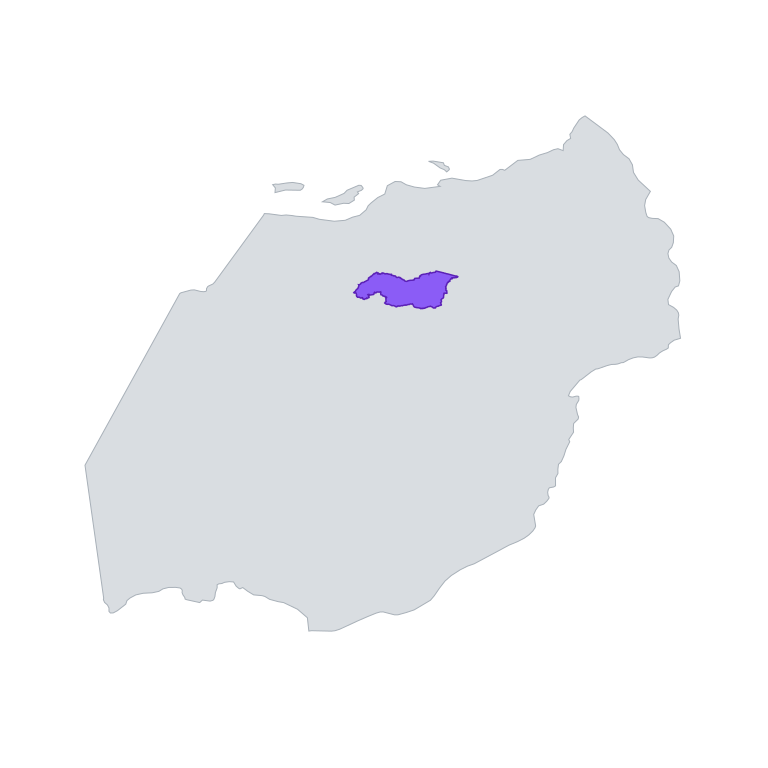 Kilosa, Morogoro, United Republic of Tanzania shown in context, rotated 262°
{"feature_id": "72390352B53131574128845", "entity_name": "Kilosa", "entity_type": "district", "adm_level": 2, "iso_a3": "TZA", "parent_name": "United Republic of Tanzania", "parent_adm1": "Morogoro", "projection": "equal_earth", "projection_center": [37.018, -6.957], "detail": "fine", "context": "in_parent", "style": "filled", "palette": "violet", "viewbox_px": 768, "rotation_deg": 262, "n_neighbors": 0, "source": "geoboundaries", "source_scale": "gbopen_adm2", "svg_char_len": 9200}
<svg xmlns="http://www.w3.org/2000/svg" viewBox="0 0 768 768"><g transform="rotate(262 384 384)"><path d="M301.0,559.9L294.0,555.1L287.7,552.1L282.5,548.8L280.2,545.6L275.3,544.3L271.2,543.8L267.3,540.8L259.3,539.7L258.4,537.7L258.2,533.3L256.9,532.1L254.0,531.0L250.8,531.0L248.9,531.7L247.8,531.4L245.2,528.8L242.8,525.4L241.8,520.2L238.2,516.8L234.0,514.1L222.3,514.4L220.5,513.5L217.7,510.9L214.4,506.4L211.8,501.4L209.4,494.5L207.0,485.3L193.4,448.3L192.0,441.3L189.4,433.6L185.0,424.0L180.4,417.0L174.2,410.6L167.2,404.2L163.4,399.9L156.1,382.4L154.6,374.3L153.5,365.8L153.9,362.4L158.4,351.5L158.8,348.5L158.2,344.3L156.0,335.6L153.1,325.1L147.3,305.9L146.5,301.1L146.6,297.4L149.8,277.9L149.8,275.2L163.2,275.6L173.0,267.0L181.5,254.2L183.2,248.9L186.7,240.7L190.1,236.6L191.4,233.8L193.3,225.6L197.8,220.1L202.1,215.8L201.2,212.8L201.9,211.7L204.3,209.5L208.9,207.5L209.8,203.3L209.8,198.4L209.0,195.7L209.1,192.6L208.4,190.8L205.4,190.4L200.9,188.0L197.1,187.0L194.5,185.6L193.6,184.5L193.2,181.6L195.3,174.1L193.2,171.1L197.8,158.7L198.7,157.1L200.4,157.0L203.1,155.6L205.6,155.0L207.6,155.5L209.1,155.0L210.4,153.6L211.6,149.4L212.5,142.3L211.9,136.6L210.0,132.2L209.5,125.5L210.3,116.4L209.7,108.9L207.5,102.9L205.3,99.3L201.9,97.6L196.6,88.4L195.0,84.0L195.3,81.2L197.1,80.0L200.5,80.5L203.7,79.4L206.6,76.9L209.5,76.1L211.0,76.6L345.2,76.6L502.0,194.3L502.6,195.7L503.9,205.9L503.6,209.3L501.2,215.2L500.5,218.2L500.5,220.3L501.1,221.2L503.1,221.5L504.9,222.9L505.5,224.0L506.8,228.4L508.5,230.6L568.0,288.3L569.4,289.2L568.5,294.0L565.2,305.8L565.0,310.6L563.6,316.4L562.4,320.2L558.9,336.7L556.1,342.9L552.1,357.4L551.5,368.4L553.6,376.2L554.4,383.4L559.0,390.6L562.7,393.1L565.1,396.4L569.5,403.8L572.0,411.2L579.9,414.9L583.0,423.2L581.9,429.0L578.2,433.8L574.8,441.5L572.0,451.6L571.9,467.1L573.8,464.7L577.9,468.5L578.4,479.9L574.1,493.2L572.8,499.4L572.6,504.7L575.6,520.6L580.3,528.7L580.0,531.2L578.8,533.3L586.8,547.6L586.1,560.0L589.1,569.7L590.4,578.1L592.4,584.5L592.8,589.0L590.2,593.9L596.1,595.1L599.6,599.1L601.2,603.0L605.4,602.8L607.7,605.4L611.1,607.6L618.4,614.1L620.3,617.3L621.5,620.4L601.3,640.8L594.0,646.0L588.8,648.4L583.2,649.8L577.9,653.0L572.9,658.0L566.5,660.5L558.8,660.5L550.6,664.1L537.7,674.6L530.2,668.8L524.4,666.9L517.6,667.1L513.5,667.8L512.0,669.1L510.7,672.6L509.6,678.5L505.2,684.1L497.4,689.5L490.3,691.5L483.7,690.2L479.3,687.9L477.0,684.8L473.6,683.3L469.1,683.6L464.8,685.8L460.6,690.0L454.1,691.9L445.0,691.3L440.2,689.3L439.5,685.8L435.6,681.7L428.3,676.9L423.0,676.8L419.6,681.4L416.4,684.2L413.6,685.4L411.1,685.5L407.4,684.3L397.4,683.8L388.0,684.0L387.0,677.4L385.0,673.5L383.3,671.1L380.1,670.5L379.2,668.7L378.0,664.6L376.4,661.1L374.3,658.2L373.0,655.6L372.6,653.1L372.9,650.4L374.8,643.7L375.5,639.1L375.2,634.4L374.1,629.6L371.9,623.9L372.1,622.2L371.3,618.3L371.3,615.5L371.7,612.1L371.2,607.6L369.3,598.0L369.3,595.6L367.2,590.9L360.9,579.9L360.6,578.5L350.7,567.4L346.7,565.0L345.3,567.0L344.8,569.0L345.2,572.5L345.0,574.3L344.6,575.1L342.2,575.0L340.7,574.6L337.0,571.6L334.1,570.8L326.8,571.4L324.3,572.1L322.3,571.4L318.5,566.3L314.0,565.3L309.9,565.0L303.3,559.2L301.0,559.9ZM581.0,374.4L584.3,386.7L583.8,389.0L581.5,390.4L580.3,390.5L578.9,388.5L577.9,384.4L576.1,385.4L573.2,380.4L570.2,380.2L567.6,374.3L568.6,369.2L568.0,360.4L571.2,356.0L573.0,348.4L575.1,353.6L575.6,361.6L578.3,371.0L581.0,374.4ZM596.9,301.5L597.1,304.4L596.5,307.1L596.6,315.8L596.3,321.6L593.9,329.6L591.9,332.4L590.1,331.6L588.6,330.3L587.5,328.1L589.8,313.4L588.7,302.7L593.3,303.7L596.9,301.5ZM590.0,478.0L587.7,478.7L586.8,478.0L585.3,475.6L587.8,473.6L590.2,469.6L595.8,463.8L598.3,459.1L597.9,463.7L594.8,473.6L592.1,474.2L590.0,478.0Z" fill="#d9dde1" stroke="#a8b0b8" stroke-width="1"/><path d="M452.4,443.5L452.3,444.4L452.2,444.9L452.2,445.4L452.6,445.4L453.2,446.6L453.5,447.4L453.5,448.8L453.9,449.3L453.9,450.3L454.1,450.8L454.1,451.6L454.3,451.8L454.8,451.8L456.6,451.3L457.3,452.3L458.1,452.5L459.3,452.2L459.7,452.4L460.5,453.6L460.9,454.6L461.4,455.0L463.0,455.3L463.6,455.5L464.0,455.5L464.4,455.9L465.0,456.0L465.3,455.9L465.5,456.0L465.5,456.8L465.1,458.7L465.4,458.8L465.4,459.0L467.7,459.1L467.9,459.0L468.1,458.4L468.3,458.3L469.6,458.6L470.0,458.4L470.4,458.5L470.5,458.8L471.1,458.6L472.0,458.6L472.2,459.0L472.3,459.0L472.6,459.4L473.0,459.6L473.9,459.8L474.2,460.3L474.7,460.4L475.2,460.7L475.5,461.4L475.8,461.3L476.1,461.7L475.9,461.9L476.4,462.4L476.4,462.6L476.8,462.7L476.9,462.9L476.6,463.1L476.5,463.3L476.6,463.5L477.1,463.3L477.6,463.7L478.3,464.4L478.6,464.5L478.9,465.0L478.7,465.7L478.7,466.0L478.9,466.4L479.2,466.6L479.7,466.3L479.7,466.9L479.5,467.5L479.6,468.0L479.4,468.2L479.3,468.9L479.5,469.6L479.3,470.3L479.6,471.7L480.0,472.0L480.6,471.3L480.3,471.1L480.9,470.3L481.1,469.5L484.1,462.5L484.6,461.0L485.0,460.3L485.4,459.0L485.8,458.5L486.0,457.7L486.3,457.1L488.6,451.3L487.8,450.5L487.6,450.5L487.5,449.7L487.6,449.2L487.5,447.8L487.3,446.3L487.4,446.0L488.1,445.4L487.8,444.8L487.6,444.9L487.4,444.6L487.5,444.4L487.3,444.1L487.1,444.1L487.2,443.8L486.9,443.7L487.3,443.6L487.3,441.3L487.2,441.2L487.1,440.2L487.2,438.3L487.0,436.5L486.0,434.5L485.4,434.2L485.3,434.5L484.9,433.9L484.0,433.7L483.9,433.4L484.2,430.9L484.3,429.2L484.1,428.9L483.2,428.6L482.8,428.1L482.8,427.7L483.0,427.7L482.8,426.5L483.0,424.7L483.0,423.1L482.8,422.1L482.8,421.6L482.5,421.2L482.5,420.5L482.9,419.2L483.5,418.8L483.6,418.6L484.2,418.4L484.4,417.5L485.1,417.1L485.1,416.6L485.8,416.0L486.3,415.3L486.5,415.3L486.5,415.2L486.9,415.0L487.0,414.9L486.9,414.8L486.9,414.6L487.3,414.4L487.5,414.1L487.6,413.7L487.8,413.2L487.6,412.1L487.7,411.4L488.0,411.0L488.6,410.8L488.9,410.5L489.0,410.5L489.1,410.3L489.4,410.2L489.5,409.5L489.7,409.3L489.8,409.0L489.7,408.8L489.9,408.7L490.1,408.2L490.2,407.9L490.4,407.2L490.7,406.8L490.8,406.8L490.8,406.6L491.0,406.6L490.9,406.5L491.1,406.4L491.2,406.1L491.5,406.0L491.7,405.7L491.8,405.2L492.0,404.8L491.9,404.3L492.0,404.0L492.2,403.6L492.4,403.5L492.4,403.3L492.5,403.2L492.5,402.9L492.8,402.7L492.8,402.1L493.0,401.6L492.8,401.4L492.8,400.8L492.9,400.7L493.0,400.5L493.1,399.9L493.3,399.9L493.5,399.5L493.5,399.4L493.9,399.0L493.8,398.5L494.1,398.1L494.0,397.9L494.2,397.7L494.1,397.3L493.8,397.3L493.9,397.1L493.7,396.7L493.4,396.2L493.5,395.8L493.3,395.5L493.5,395.3L493.3,395.2L493.5,394.8L493.5,394.5L493.6,394.2L493.8,394.2L493.8,393.9L493.9,394.0L494.0,393.8L494.2,393.6L494.2,393.8L494.2,393.6L494.4,393.5L494.4,393.2L494.6,393.1L494.8,392.9L494.9,393.0L494.9,392.8L495.0,392.6L495.4,392.6L495.6,392.4L495.6,392.2L494.4,390.0L494.8,389.6L492.3,386.3L492.5,386.0L492.2,385.7L491.4,383.9L490.9,383.3L490.4,383.5L490.1,383.3L489.5,383.0L489.2,382.6L488.5,380.5L488.2,380.1L488.0,379.1L488.0,378.9L487.6,378.5L487.4,377.9L487.4,377.3L487.6,376.9L487.6,376.6L487.4,376.1L487.1,375.4L486.8,375.2L486.8,374.9L486.3,374.7L486.2,374.6L485.7,373.2L485.8,372.8L485.6,372.9L484.8,372.7L483.6,372.2L482.2,371.3L481.8,370.6L480.7,369.1L479.6,368.5L479.4,367.7L478.7,366.8L478.2,367.2L478.1,368.8L477.9,369.0L476.0,369.3L475.6,369.0L475.3,369.1L474.8,369.1L474.4,369.2L474.3,369.5L473.6,369.9L473.5,370.4L473.5,371.2L473.4,371.5L472.9,372.2L472.4,372.7L472.5,373.7L472.6,374.3L472.5,374.7L472.0,374.9L471.7,374.6L471.5,374.8L471.2,374.9L470.8,375.6L470.5,376.1L471.0,377.4L471.0,378.7L471.0,378.9L471.4,378.9L471.3,379.1L471.1,379.1L471.5,380.3L471.7,381.2L472.8,380.9L472.9,381.3L473.0,381.3L473.0,381.1L473.8,381.0L474.8,380.5L474.9,381.1L474.9,381.4L474.6,382.0L474.4,382.2L474.0,382.2L474.1,386.2L474.6,386.6L474.9,386.6L475.3,386.9L475.5,387.2L476.0,387.2L476.2,387.6L475.3,388.6L476.1,389.8L475.6,392.4L475.7,392.8L475.6,393.2L475.7,393.5L475.3,393.5L475.0,393.6L474.8,393.4L473.5,393.3L472.8,393.4L472.5,394.3L471.7,395.2L471.3,395.2L470.9,396.3L470.7,397.2L469.9,397.4L469.9,397.5L470.0,397.6L470.0,397.9L469.9,398.3L469.5,398.7L469.4,398.7L469.2,398.5L468.8,397.7L468.0,397.9L467.0,397.5L465.3,397.7L465.1,397.1L464.8,396.5L464.3,396.3L464.1,396.0L463.7,396.3L463.6,396.7L462.8,397.2L462.4,398.6L462.5,399.2L462.1,400.3L461.7,401.0L460.4,402.8L460.4,403.1L460.4,404.1L460.1,404.9L459.5,405.8L459.2,406.1L459.1,406.6L458.7,406.8L458.8,407.6L459.0,407.8L459.0,408.1L459.3,408.5L459.2,408.8L459.3,408.9L459.2,409.2L459.3,409.6L459.1,409.7L458.9,410.5L459.2,412.2L458.9,413.2L459.0,413.3L459.0,413.5L459.2,414.1L459.1,414.8L459.3,415.3L459.2,415.6L459.3,416.2L459.2,416.4L459.0,416.5L459.0,417.2L459.1,417.3L459.2,418.3L459.3,418.5L459.4,418.9L459.3,419.4L459.3,419.9L459.2,420.0L459.4,420.5L459.6,421.4L459.5,421.8L459.3,422.1L459.3,422.6L459.3,423.1L459.4,423.3L458.1,423.9L457.2,424.1L456.0,424.8L455.9,425.0L455.8,425.3L455.6,425.6L455.5,426.0L455.1,426.8L455.2,427.1L454.8,428.0L454.7,428.6L454.6,429.2L454.3,429.6L453.9,430.7L453.8,430.9L453.6,431.6L453.6,432.0L453.5,431.9L453.5,432.0L453.4,432.3L453.4,432.5L453.3,432.8L453.4,433.8L453.5,434.2L453.4,434.5L453.5,434.9L453.4,435.0L453.6,435.3L453.6,435.5L453.7,435.8L453.8,435.8L453.9,436.4L453.9,436.5L453.9,436.8L453.9,437.2L454.1,437.6L454.4,438.1L454.4,439.5L454.4,440.2L454.6,440.6L454.6,440.9L454.4,441.2L454.1,441.4L453.7,442.3L452.4,443.5Z" fill="#8b5cf6" stroke="#5b21b6" stroke-width="1.5"/></g></svg>